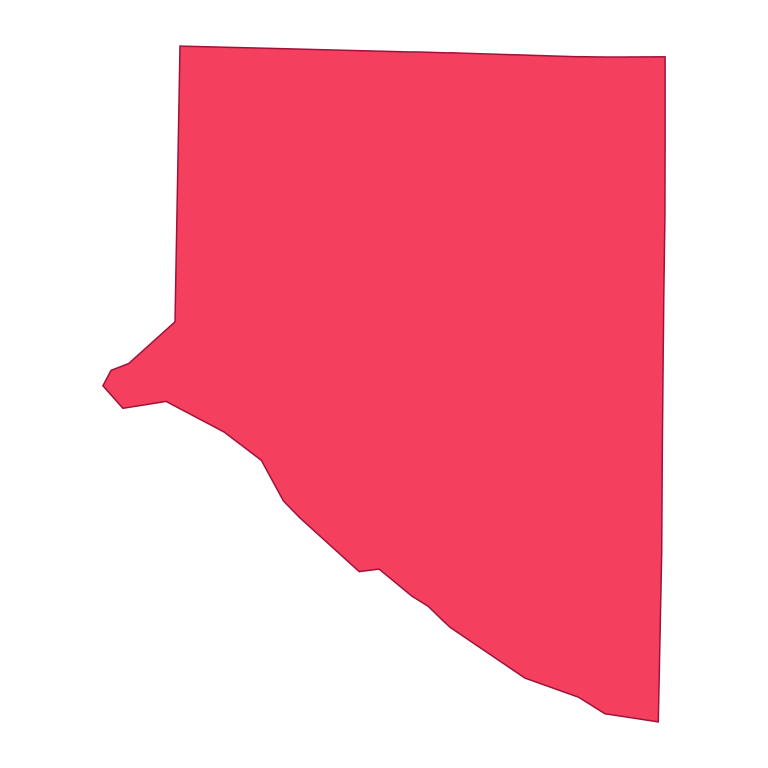 the district of Limestone, Alabama, United States of America
{"feature_id": "52423323B63204194774288", "entity_name": "Limestone", "entity_type": "district", "adm_level": 2, "iso_a3": "USA", "parent_name": "United States of America", "parent_adm1": "Alabama", "projection": "equal_earth", "projection_center": [-86.962, 34.775], "detail": "fine", "context": "isolated", "style": "filled", "palette": "rose", "viewbox_px": 768, "rotation_deg": 0, "n_neighbors": 0, "source": "geoboundaries", "source_scale": "gbopen_adm2", "svg_char_len": 656}
<svg xmlns="http://www.w3.org/2000/svg" viewBox="0 0 768 768"><path d="M658.3,721.9L661.7,553.1L662.2,469.3L662.3,453.0L663.3,342.7L663.4,337.2L663.8,295.9L664.9,218.4L665.1,144.9L665.1,56.8L623.1,57.0L605.3,57.0L605.2,57.0L593.8,56.9L590.0,56.8L584.0,56.7L576.0,56.7L456.7,53.0L453.2,52.8L450.5,52.7L448.4,52.9L419.4,52.0L406.7,51.9L280.1,48.6L180.0,46.1L175.0,321.8L128.7,363.5L111.1,370.3L102.9,385.8L122.9,408.3L166.0,401.4L224.2,432.1L261.4,460.4L283.4,500.9L299.8,517.8L359.2,571.6L379.1,569.1L411.8,596.1L428.3,606.4L441.8,619.6L450.3,627.5L524.9,678.1L578.5,697.2L605.0,713.8L658.3,721.9Z" fill="#f43f5e" stroke="#9f1239" stroke-width="1.5"/></svg>